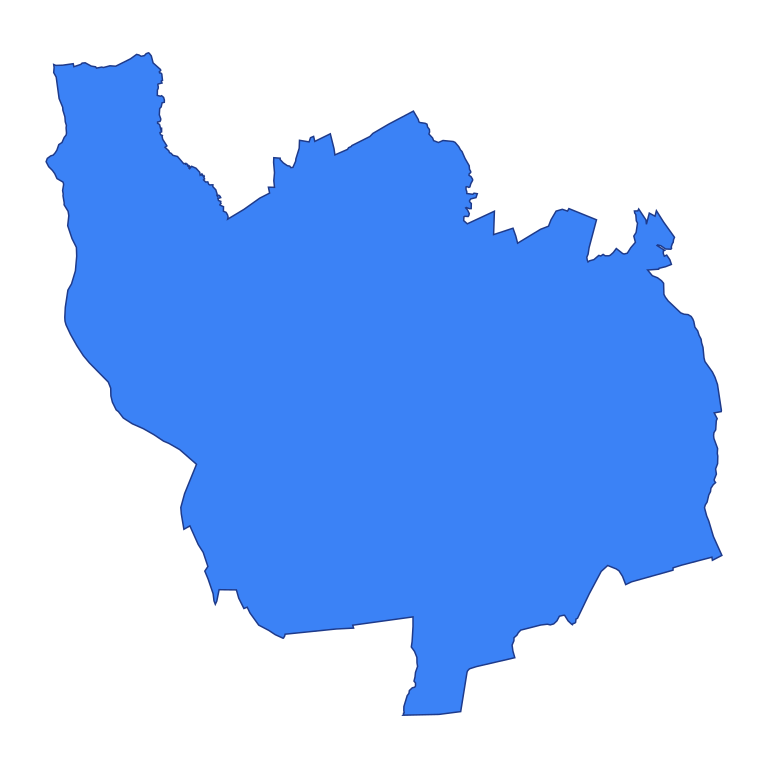 the district of Tibanesti, Iasi, Romania
{"feature_id": "2599482B76304798258418", "entity_name": "Tibanesti", "entity_type": "district", "adm_level": 2, "iso_a3": "ROU", "parent_name": "Romania", "parent_adm1": "Iasi", "projection": "mercator", "projection_center": [27.32, 46.923], "detail": "fine", "context": "isolated", "style": "filled", "palette": "blue", "viewbox_px": 768, "rotation_deg": 0, "n_neighbors": 0, "source": "geoboundaries", "source_scale": "gbopen_adm2", "svg_char_len": 6023}
<svg xmlns="http://www.w3.org/2000/svg" viewBox="0 0 768 768"><path d="M460.7,711.6L467.0,672.4L467.6,670.8L469.5,668.8L476.4,666.6L514.8,657.7L512.9,651.0L512.1,645.1L513.9,640.8L514.0,637.7L516.9,635.2L518.3,632.7L520.8,630.1L540.8,625.0L547.4,624.2L550.2,624.9L553.7,623.9L556.9,620.9L559.4,616.2L563.3,615.3L564.6,615.3L568.1,620.9L571.6,624.2L572.5,624.7L573.0,623.6L574.8,623.1L575.6,622.3L576.0,619.0L577.5,618.3L589.3,593.7L601.2,571.4L607.7,565.5L616.2,568.9L619.0,570.8L622.5,576.3L625.7,584.6L631.6,581.8L673.0,570.2L673.1,567.8L681.8,565.1L711.9,557.2L712.4,560.3L721.9,555.4L713.4,536.5L708.8,521.1L706.7,516.0L704.5,507.7L705.3,504.9L707.1,502.1L708.8,494.9L710.5,491.6L710.9,488.3L713.3,484.6L715.6,482.6L714.4,480.9L714.2,479.5L716.4,474.1L715.6,468.9L717.6,463.7L717.8,456.1L717.3,453.5L717.6,448.5L713.9,438.4L713.6,435.6L713.9,432.7L715.7,429.8L716.3,420.7L717.2,418.7L714.2,412.9L721.2,411.6L721.4,410.4L717.5,384.5L715.0,377.3L712.4,372.0L704.9,361.5L704.0,357.8L703.0,347.4L701.6,342.8L701.1,339.2L699.1,335.4L697.7,330.9L694.9,327.1L693.8,321.5L692.8,319.0L691.2,316.5L688.1,314.6L684.0,314.2L680.6,312.8L668.2,301.0L665.3,297.1L663.9,294.3L663.6,283.3L661.6,280.8L657.6,277.8L652.3,275.7L647.6,270.0L658.7,269.2L659.0,268.3L665.6,266.7L671.4,264.4L669.9,259.8L666.7,255.1L664.3,256.2L663.3,253.5L663.3,251.0L664.6,250.4L657.0,245.5L657.6,244.9L660.8,245.7L665.6,249.0L670.9,249.2L671.6,248.2L671.2,247.1L672.3,243.7L673.2,242.4L673.5,239.8L674.5,237.3L663.7,222.2L656.4,210.7L655.0,216.2L649.3,213.1L646.4,224.3L646.0,220.0L638.7,209.0L637.8,210.9L634.4,211.0L634.7,213.0L635.8,214.6L636.3,220.8L637.5,223.1L636.1,232.5L633.8,236.1L635.4,242.3L630.7,247.8L627.3,253.2L624.1,254.0L622.6,253.5L616.3,248.5L613.3,252.5L610.3,255.2L608.9,255.8L605.2,255.8L603.1,254.4L600.8,256.0L598.8,255.4L593.9,259.6L589.6,260.8L588.0,261.9L587.2,259.9L586.8,257.2L588.1,254.2L589.1,247.6L596.5,219.8L568.9,208.6L567.5,211.1L562.3,209.3L556.1,211.1L551.0,219.8L548.5,226.2L540.5,229.3L517.6,243.2L515.8,236.1L513.0,228.2L493.6,234.6L494.4,211.2L467.3,223.8L463.7,220.6L463.9,216.9L464.9,216.3L468.1,216.5L468.8,215.6L469.3,213.6L467.6,210.1L465.7,207.9L466.3,207.5L469.4,208.7L471.2,208.6L471.3,203.5L469.6,201.7L469.5,200.7L470.8,198.9L476.0,197.6L477.3,193.7L474.0,193.2L472.8,194.3L466.8,193.5L466.8,191.7L466.0,189.3L466.1,186.9L467.1,186.6L468.8,187.4L469.9,186.9L470.8,183.7L472.6,180.4L472.6,179.3L471.0,176.6L469.0,175.3L469.1,174.0L470.7,172.5L470.7,171.4L469.5,169.3L469.2,165.7L465.0,158.4L462.0,151.5L460.5,149.9L458.7,146.6L455.1,142.4L453.2,141.5L443.0,140.5L438.4,142.5L433.6,140.6L432.6,138.0L428.9,134.0L429.6,132.0L429.4,129.4L427.6,127.1L427.0,124.2L425.2,123.3L419.8,122.5L418.9,121.8L418.2,119.3L413.4,111.1L388.6,124.2L372.9,133.4L369.9,136.5L351.8,145.6L351.2,146.5L348.6,147.7L347.5,149.4L334.9,154.9L334.0,148.6L330.3,133.8L314.8,141.4L313.6,136.4L310.5,137.7L309.1,141.9L299.5,140.3L299.2,148.2L295.9,158.8L295.6,161.3L292.9,167.4L290.8,167.6L289.7,166.1L287.4,165.7L283.3,162.9L280.1,159.5L280.2,158.2L273.8,157.7L273.6,162.4L274.5,172.7L273.8,180.7L274.5,187.3L268.4,187.2L269.6,193.1L259.8,198.1L243.9,209.4L227.6,219.2L228.1,217.0L227.5,214.8L226.1,212.4L223.4,211.2L223.5,206.7L220.0,205.1L219.9,204.5L221.0,203.5L220.5,202.2L220.8,201.4L218.5,200.5L217.9,198.5L220.7,197.6L220.1,196.3L218.8,195.2L217.8,195.2L217.5,196.3L216.9,195.4L217.1,194.0L215.8,189.8L212.8,186.6L212.9,184.8L209.7,184.9L208.7,184.3L207.8,181.9L205.6,182.0L203.5,179.9L204.6,178.9L203.8,177.5L204.3,176.7L204.0,175.7L203.1,176.0L202.0,175.3L202.5,174.6L201.9,173.9L200.2,175.2L199.7,172.3L196.0,168.2L191.6,166.3L189.6,168.7L189.0,168.2L189.7,166.3L188.9,165.6L188.2,166.4L187.5,165.7L187.6,164.6L186.8,163.9L185.7,164.2L185.7,163.4L183.7,163.7L177.5,156.5L172.9,155.3L171.2,153.4L169.5,152.6L168.7,150.7L165.0,147.3L166.9,145.9L162.7,139.3L162.1,136.4L162.4,135.5L160.9,134.9L160.2,133.8L160.0,132.5L161.6,131.9L161.6,128.2L161.1,128.1L160.8,129.1L159.5,124.4L157.6,123.3L157.6,122.0L160.0,121.5L160.6,120.3L160.8,119.0L159.3,114.8L159.7,108.5L161.2,106.9L162.1,102.8L164.3,102.3L164.4,100.1L163.6,97.4L161.6,95.7L160.4,96.2L157.3,95.4L157.4,89.9L158.1,88.7L158.3,86.9L157.8,84.8L158.1,84.0L162.0,83.0L161.4,81.7L161.4,80.8L162.5,80.4L161.8,74.0L160.8,73.0L159.6,72.9L159.3,71.8L160.7,70.5L160.5,69.5L153.1,62.9L151.3,55.9L149.2,53.2L148.4,52.8L146.1,53.7L144.4,55.6L141.1,56.3L139.0,55.0L136.6,54.4L130.5,58.8L115.7,66.2L109.9,65.8L103.5,67.5L101.6,67.1L96.5,68.1L95.6,66.8L91.3,66.1L85.2,62.8L82.1,63.1L80.8,64.4L73.9,66.7L73.2,63.7L62.6,65.2L55.8,65.4L53.7,64.5L54.1,67.4L53.7,72.6L56.2,77.1L59.1,98.6L62.7,107.3L62.9,110.2L64.9,116.8L65.3,121.9L66.4,125.4L66.1,127.9L66.5,133.1L66.1,135.1L64.2,137.4L62.0,142.5L58.8,144.6L56.9,150.1L55.2,152.8L53.2,155.1L50.7,155.9L47.3,158.4L46.1,161.7L48.7,166.7L52.5,170.5L54.7,173.6L57.0,178.6L62.9,182.0L63.4,183.2L63.6,184.6L62.6,190.6L63.2,193.9L63.0,195.8L64.2,202.9L64.1,204.8L68.1,211.3L68.8,215.7L67.7,225.7L72.0,238.6L76.4,247.4L76.7,256.2L75.4,270.9L71.5,283.9L67.9,290.1L65.3,307.3L64.8,317.3L65.0,321.1L66.0,324.8L70.5,334.4L76.8,345.6L83.3,355.6L89.4,362.9L108.3,382.1L110.7,388.2L110.9,396.0L112.4,402.2L116.2,409.9L118.4,411.6L123.3,418.0L132.3,423.8L143.2,428.6L153.8,434.6L163.5,441.1L168.7,443.3L179.7,449.6L196.5,464.3L184.6,493.6L180.8,507.5L181.3,513.9L183.9,529.3L189.9,525.9L198.2,544.5L203.2,552.4L207.9,566.5L204.8,571.1L208.1,579.0L213.1,593.7L214.0,600.9L215.3,604.3L216.8,601.1L219.1,589.7L236.4,589.9L238.7,598.1L243.9,608.5L247.2,607.2L250.0,613.0L258.7,625.1L268.6,630.3L275.3,634.7L283.0,638.2L283.5,638.1L284.7,636.0L285.1,634.2L336.1,629.0L353.6,628.1L352.7,625.2L413.0,616.9L413.0,626.6L412.1,641.6L411.3,647.0L414.5,651.4L416.9,657.4L417.0,662.9L417.6,666.4L415.5,672.3L415.0,677.0L414.0,681.1L415.5,683.0L415.5,686.0L414.7,687.2L412.3,687.8L409.4,690.5L408.9,693.4L407.2,695.6L403.9,706.5L403.8,710.5L404.2,712.7L403.5,713.2L403.5,714.6L403.0,715.2L439.0,714.4L460.7,711.6Z" fill="#3b82f6" stroke="#1e3a8a" stroke-width="1.5"/></svg>